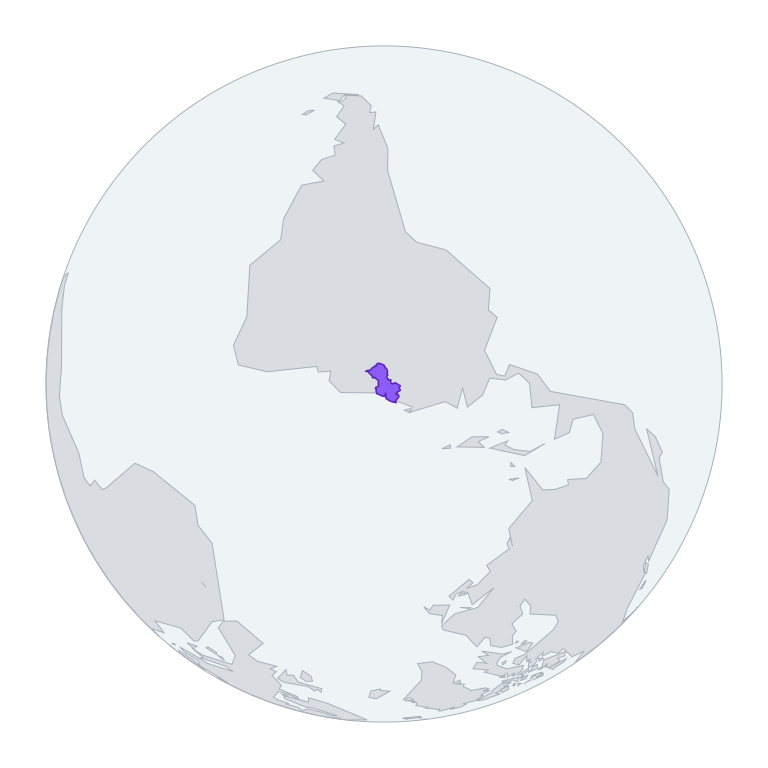 globe centered on Guyana, rotated 164°
{"feature_id": "GUY", "entity_name": "Guyana", "entity_type": "country or territory", "adm_level": 0, "iso_a3": "GUY", "parent_name": "South America", "parent_adm1": "", "projection": "orthographic", "projection_center": [-58.817, 4.875], "detail": "fine", "context": "on_globe", "style": "filled", "palette": "violet", "viewbox_px": 768, "rotation_deg": 164, "n_neighbors": 0, "source": "natural_earth", "source_scale": "50m", "svg_char_len": 10955}
<svg xmlns="http://www.w3.org/2000/svg" viewBox="0 0 768 768"><g transform="rotate(164 384 384)"><circle cx="384" cy="384" r="338" fill="#eef3f6" stroke="#a8b0b8"/><path d="M270.9,65.6L277.0,63.7L265.1,72.1L278.4,70.0L284.4,80.3L290.7,77.2L296.9,80.6L306.6,78.7L304.9,82.2L314.0,77.9L313.7,75.2L317.6,72.6L323.2,71.6L322.1,75.4L319.1,76.5L321.8,77.2L318.8,79.7L323.4,77.9L321.4,83.4L331.8,76.7L337.1,80.0L333.6,84.1L323.1,85.3L288.7,101.2L281.9,107.6L282.7,114.4L307.1,122.7L304.1,129.9L307.8,138.4L314.5,133.1L313.9,124.8L327.3,118.2L325.0,110.0L330.1,106.5L332.1,98.4L343.5,98.3L353.4,103.0L352.3,110.1L356.7,112.8L367.2,105.6L374.3,119.7L394.8,131.3L395.3,135.7L379.4,143.5L355.5,143.4L334.8,157.7L360.0,147.6L361.0,160.6L366.1,162.9L372.9,162.2L377.2,157.3L380.0,162.1L356.1,172.7L353.2,168.5L360.8,164.8L349.5,165.4L333.4,174.5L335.2,181.4L309.0,191.1L309.9,196.4L304.8,202.2L305.1,192.7L304.0,210.6L273.6,231.0L271.6,264.8L260.7,238.5L249.0,235.6L234.5,236.2L233.8,241.5L215.5,237.5L197.0,249.1L187.2,276.1L191.1,297.0L211.8,298.0L219.3,286.2L235.3,283.9L220.9,315.7L248.3,320.5L243.9,344.7L251.5,357.4L265.9,354.3L280.7,360.4L292.1,346.4L310.1,338.8L309.6,358.6L320.3,340.6L329.9,350.2L366.3,349.6L363.3,354.1L393.8,377.5L428.0,387.7L435.9,402.2L431.7,411.1L443.8,413.6L444.0,419.5L493.0,428.0L518.6,442.3L518.1,462.6L497.4,486.3L480.2,535.1L443.4,551.2L435.1,570.4L408.4,597.8L385.9,595.7L393.6,609.1L382.1,617.0L367.8,617.4L366.5,626.6L356.0,626.7L363.9,632.8L349.1,644.3L355.9,653.8L345.7,662.6L350.5,667.9L345.8,667.6L341.5,669.5L341.9,672.4L326.5,667.2L319.5,655.0L323.1,648.9L316.8,647.7L324.0,631.6L318.1,634.8L315.3,609.5L321.7,588.2L321.4,524.3L313.4,511.2L287.4,495.7L255.8,446.4L263.3,426.4L256.8,416.8L278.1,388.6L273.1,362.1L265.8,358.3L258.0,368.1L233.7,351.2L226.2,331.1L158.4,297.7L152.9,287.7L155.3,271.7L146.0,220.2L143.9,268.2L137.7,258.7L135.3,241.5L139.9,237.3L142.5,213.0L138.9,203.9L149.4,175.2L178.4,140.9L177.6,146.0L184.7,138.1L186.1,131.7L185.3,129.6L211.4,101.9L219.7,90.3L211.0,94.2L221.7,88.3L204.1,98.0L225.5,85.6L247.8,74.7L270.9,65.6ZM268.6,276.4L300.0,293.2L280.8,295.2L284.7,292.1L277.0,285.2L262.2,278.8L245.8,282.4L268.6,276.4ZM285.6,257.6L280.0,256.3L285.7,256.2L285.6,257.6ZM183.8,129.5L185.4,132.2L181.6,139.9L179.5,138.0L183.8,129.5ZM192.0,116.7L194.7,116.1L186.5,123.4L187.5,121.4L192.0,116.7ZM203.2,98.6L203.2,98.9L200.8,100.1L203.2,98.6ZM325.8,99.2L328.9,98.8L326.9,100.5L325.8,99.2ZM323.7,96.3L319.2,98.5L317.5,97.5L320.4,96.1L323.7,96.3ZM329.7,93.9L315.2,95.5L312.4,93.8L320.8,87.5L329.7,93.9ZM311.1,74.9L311.8,77.6L306.0,76.5L311.1,74.9ZM306.5,74.8L283.3,76.8L285.2,72.8L292.6,72.6L290.9,69.1L303.2,66.0L306.9,67.4L303.3,70.3L310.8,67.1L306.5,74.8ZM318.7,71.5L313.8,72.0L315.1,68.4L325.1,67.0L321.5,68.5L318.7,71.5ZM284.4,69.9L287.1,67.5L297.9,64.3L300.4,63.0L303.7,65.7L284.4,69.9ZM324.0,68.8L330.1,66.5L334.6,67.4L323.5,71.0L324.0,68.8ZM311.3,68.3L312.4,66.7L315.0,67.0L311.3,68.3ZM354.1,70.4L348.3,70.3L348.4,68.3L354.1,70.4ZM332.1,65.6L330.5,65.4L329.9,64.8L334.7,63.6L332.1,65.6ZM311.0,63.5L314.9,63.0L310.2,62.2L318.1,60.3L318.8,62.7L321.8,60.9L324.2,60.4L322.1,63.0L311.0,63.5ZM337.8,60.8L341.5,64.0L352.3,64.3L352.5,65.9L335.1,65.3L337.8,60.8ZM328.8,61.7L334.4,61.4L331.8,63.2L326.2,64.6L328.8,61.7ZM323.1,58.4L310.9,60.7L311.1,60.2L323.1,58.4ZM341.5,60.4L340.5,59.7L342.6,60.2L341.5,60.4ZM329.4,58.4L325.0,59.1L325.4,58.5L329.4,58.4ZM342.2,57.9L343.4,58.8L339.7,59.6L342.2,57.9ZM336.8,57.8L338.4,56.8L337.7,59.3L334.7,58.2L336.8,57.8ZM330.4,57.7L329.3,57.6L332.2,57.5L330.4,57.7ZM355.6,54.9L355.6,57.9L347.4,59.4L348.5,56.1L355.6,54.9ZM353.1,677.9L328.3,669.0L341.8,673.1L349.0,668.8L362.8,675.3L353.1,677.9ZM375.3,666.5L385.0,664.1L387.9,665.5L381.9,667.6L375.3,666.5ZM654.4,181.4L654.6,184.4L643.9,171.9L634.8,157.8L634.6,157.3L654.4,181.4ZM615.1,137.5L617.1,139.4L620.8,143.0L621.9,144.0L625.3,147.6L621.5,144.1L618.2,140.7L616.2,139.6L632.4,157.5L638.6,163.8L639.0,169.7L649.5,181.1L652.8,187.6L636.5,170.9L631.0,164.3L608.3,149.1L614.0,156.3L635.9,171.6L633.2,171.0L641.2,182.7L632.9,173.3L607.5,156.4L601.8,163.9L610.5,195.6L603.7,200.2L590.8,196.8L571.6,167.9L588.8,161.1L582.2,152.4L565.0,142.2L571.7,141.5L566.8,137.1L571.9,134.8L565.6,122.5L568.8,119.9L553.4,107.3L552.9,104.7L562.2,112.6L570.3,117.4L576.6,113.5L574.0,110.4L563.5,102.9L566.5,103.5L555.5,96.8L552.7,92.8L546.8,92.7L534.3,85.7L525.5,79.8L520.3,77.9L534.6,87.7L541.2,91.9L548.6,95.2L565.8,108.7L566.4,112.1L544.4,99.2L542.9,103.1L526.5,92.8L498.0,70.0L492.8,65.8L511.6,71.1L520.4,74.9L517.9,74.5L532.2,80.5L525.3,77.2L527.8,78.2L516.4,73.1L516.7,73.2L538.1,83.2L558.7,94.7L578.5,107.7L597.3,121.9L615.1,137.5ZM506.4,69.0L504.6,68.3L506.4,69.0ZM682.4,225.4L677.0,215.9L683.1,226.7L693.4,248.0L702.1,270.1L709.3,292.7L715.0,315.7L718.9,339.1L721.3,362.8L721.9,386.5L720.9,410.2L718.2,433.8L713.9,457.1L708.0,480.1L700.4,502.6L691.3,524.5L680.7,545.7L668.6,566.1L663.1,574.3L656.7,578.2L664.3,566.2L673.2,544.4L689.1,489.8L699.1,462.7L701.9,442.9L696.4,401.5L698.2,376.4L694.7,367.0L688.7,371.2L683.7,360.1L679.2,360.9L645.3,376.5L629.8,363.2L599.2,319.3L601.7,299.4L593.2,278.3L602.7,201.3L614.7,203.0L633.6,188.2L637.8,189.7L646.5,205.3L669.4,219.5L663.9,205.4L673.8,212.2L673.5,209.6L669.5,203.3L682.4,225.4ZM611.2,237.7L613.8,244.0L611.2,237.7ZM367.4,349.3L371.7,353.2L365.8,353.2L367.4,349.3ZM277.5,303.1L284.5,303.6L287.9,306.7L282.4,307.6L277.5,303.1ZM337.8,304.0L346.1,305.8L337.2,307.3L337.8,304.0ZM305.1,295.5L331.1,303.4L313.8,308.9L297.5,304.3L309.2,302.7L305.1,295.5ZM281.0,268.6L285.2,270.0L283.5,273.5L281.0,268.6ZM289.7,257.7L288.0,258.0L286.1,255.1L289.7,257.7ZM362.4,159.9L364.4,159.2L371.0,159.8L367.4,161.8L362.4,159.9ZM403.6,150.7L407.2,158.8L402.1,154.0L397.8,157.8L381.6,153.4L394.8,137.8L391.7,145.3L403.6,150.7ZM363.7,144.6L372.5,148.3L362.4,145.0L363.7,144.6ZM534.7,118.0L540.8,119.7L545.4,125.0L541.3,131.0L534.6,123.1L534.7,118.0ZM548.5,121.1L527.8,108.2L529.5,104.9L532.0,108.8L535.3,107.8L540.2,114.0L562.1,124.6L567.5,130.2L557.0,136.5L557.4,130.9L551.4,129.2L548.5,121.1ZM471.9,90.3L463.0,87.1L478.3,83.5L484.9,87.0L481.3,92.5L471.3,91.7L471.9,90.3ZM347.4,83.6L343.0,84.5L343.3,83.1L347.3,81.3L347.4,83.6ZM351.4,70.5L367.0,79.4L362.7,80.5L377.0,85.7L371.3,90.9L362.3,87.2L368.6,95.8L358.1,94.5L363.7,100.3L344.1,91.5L335.0,91.5L347.3,89.2L352.8,84.2L352.4,82.1L344.5,76.4L327.6,75.1L330.3,70.8L336.7,68.2L341.2,67.8L338.0,70.5L346.3,68.1L345.1,71.9L351.4,70.5ZM410.3,52.9L404.8,53.9L421.2,54.2L420.1,56.1L422.1,56.0L425.6,58.1L433.3,60.9L431.2,61.7L435.1,62.5L437.5,64.3L442.1,65.9L440.0,68.2L445.5,70.5L441.4,70.4L451.4,73.9L443.0,72.5L445.3,75.4L452.3,75.2L429.7,89.0L426.7,97.5L428.8,105.9L414.1,103.7L402.8,95.0L395.1,84.7L400.0,77.5L392.5,78.4L392.6,75.4L398.5,76.0L389.5,73.4L391.2,71.3L384.3,65.2L370.3,64.0L367.4,62.2L373.8,61.7L366.5,60.4L376.5,58.3L374.7,57.2L382.8,54.5L396.1,54.9L393.1,53.7L399.1,52.3L410.3,52.9ZM358.2,54.1L374.4,52.9L381.7,53.8L364.6,58.2L364.8,59.5L354.1,63.4L343.7,62.4L347.7,61.3L349.2,60.0L351.9,60.8L350.8,59.3L356.3,57.9L357.0,56.5L362.1,56.3L358.2,54.1ZM635.9,183.3L637.9,183.3L639.6,181.7L644.6,189.5L635.9,183.3ZM618.9,171.8L619.8,170.3L627.7,179.5L625.6,179.9L618.9,171.8ZM613.4,162.1L619.2,169.5L614.8,165.8L613.4,162.1ZM562.3,111.2L562.4,109.7L565.0,111.3L568.1,114.3L562.3,111.2ZM458.8,57.8L454.4,57.3L452.8,56.7L440.8,54.6L440.6,53.6L447.8,54.5L458.8,57.8ZM658.0,186.3L662.1,192.2L660.4,189.9L659.4,188.3L658.0,186.3ZM656.1,190.5L659.7,192.9L657.4,192.7L656.1,190.5ZM456.6,56.3L451.7,55.4L454.6,55.5L456.6,56.3ZM439.9,52.8L442.2,52.7L439.2,53.3L439.9,52.8ZM435.2,50.1L440.2,51.0L437.7,50.7L435.2,50.1Z" fill="#d9dde1" stroke="#a8b0b8" stroke-width="1"/><path d="M372.7,382.1L371.5,380.7L370.2,379.3L369.0,377.9L368.9,377.7L369.4,377.0L369.9,376.6L370.3,376.3L370.4,376.1L370.3,375.1L370.3,374.7L370.1,374.3L370.0,373.9L370.2,373.5L370.4,373.2L370.6,373.2L371.2,373.1L371.6,373.0L371.7,372.9L372.0,372.7L372.3,372.7L372.9,372.8L373.1,372.6L373.6,372.3L374.8,371.8L375.0,371.4L375.2,370.9L375.2,370.7L374.8,370.5L374.4,370.5L374.0,370.6L373.7,370.5L373.4,370.2L373.4,369.9L373.5,369.6L373.4,369.3L372.9,368.5L372.9,368.3L373.3,367.9L373.5,367.6L373.8,366.9L374.1,366.7L374.9,366.6L375.1,366.4L375.5,366.0L376.1,365.6L376.9,365.3L377.1,364.6L377.3,364.4L378.0,364.1L378.1,363.9L377.0,362.3L378.1,363.4L378.5,363.6L378.6,363.3L379.0,363.4L380.1,364.1L381.8,365.1L384.0,367.1L384.7,367.9L385.1,368.3L385.8,369.1L386.0,369.6L386.0,371.2L385.4,372.4L385.2,373.3L385.2,374.4L384.8,375.1L385.3,374.7L385.5,373.7L385.8,373.0L386.4,372.3L387.0,372.2L387.8,372.5L388.4,372.5L388.9,372.7L390.0,373.8L391.1,374.7L391.5,375.4L392.6,375.8L393.3,376.3L393.5,376.8L393.7,378.0L393.5,379.9L393.5,380.0L393.2,380.4L393.2,380.6L393.0,381.0L392.8,381.3L393.0,381.8L393.3,381.8L393.5,382.0L393.4,382.1L393.1,382.3L392.9,382.6L392.9,383.0L392.7,383.1L392.3,383.2L391.3,383.2L390.9,383.3L390.5,383.3L390.3,383.5L390.0,383.7L389.7,383.7L389.5,384.0L389.3,384.3L389.4,384.6L389.6,384.9L389.7,385.2L389.5,385.8L389.4,386.2L389.2,386.5L389.1,387.1L388.7,387.8L388.5,388.1L388.5,388.6L388.6,389.1L389.4,390.0L389.6,390.4L389.8,391.1L390.5,391.6L390.9,392.0L390.8,392.6L391.1,392.9L391.5,393.0L391.8,393.0L392.1,392.9L392.9,392.8L393.0,393.0L393.0,393.8L393.1,394.1L393.3,394.4L393.3,394.6L393.4,395.0L393.5,395.3L393.5,395.7L393.5,395.9L393.7,396.0L394.0,396.4L394.1,396.5L394.3,397.0L394.5,397.2L394.6,397.3L394.7,397.8L394.8,397.9L395.0,398.2L395.1,398.6L395.4,399.0L395.6,399.3L395.8,399.6L396.1,400.3L396.4,400.7L396.9,400.8L397.3,400.9L397.5,401.1L397.8,401.3L397.5,401.4L397.3,401.5L397.0,401.4L396.5,401.4L396.1,401.6L395.7,401.6L394.9,401.4L394.6,401.4L394.2,400.9L393.6,401.0L393.1,401.2L392.8,401.2L392.5,401.3L392.3,401.5L391.8,402.3L391.5,402.6L391.2,402.7L390.6,402.7L390.0,402.7L389.6,402.9L389.1,403.0L388.9,403.0L388.8,403.5L388.7,403.7L388.6,403.8L388.3,403.8L388.0,403.8L387.8,403.6L387.5,403.5L387.2,403.5L387.0,403.4L386.8,403.4L386.7,403.6L386.5,404.0L386.0,404.1L385.8,404.3L385.9,404.8L385.9,405.0L385.2,405.2L384.8,405.2L384.5,405.4L384.2,405.6L383.7,405.6L383.4,405.4L383.1,405.0L382.3,404.8L381.6,404.6L381.1,404.1L380.9,403.8L380.7,403.7L380.1,403.1L379.8,402.7L379.4,402.6L379.0,402.4L379.0,402.2L379.0,401.9L378.8,401.8L378.6,401.7L378.5,401.2L378.5,400.2L378.5,399.3L377.9,399.0L377.7,398.8L377.3,397.5L377.1,396.9L377.1,396.4L377.2,395.1L377.4,394.5L377.8,393.4L378.0,393.0L378.0,392.7L378.0,392.3L377.9,391.6L378.6,391.1L378.9,390.9L379.0,390.6L379.4,390.2L379.5,389.8L379.7,389.6L379.6,389.4L379.3,389.0L378.9,388.2L378.7,388.0L378.6,387.8L378.6,387.5L378.8,387.1L378.8,386.9L378.5,386.7L378.0,386.4L377.6,386.3L377.3,386.2L376.8,386.2L376.4,386.1L376.2,386.0L376.2,385.8L376.3,385.6L376.6,385.2L376.9,384.8L376.9,384.4L377.0,383.8L377.1,383.3L377.1,382.8L376.6,382.4L376.4,382.1L376.2,381.8L375.6,381.7L375.1,382.1L374.7,382.0L374.4,382.1L373.7,382.1L373.2,381.9L372.7,382.1Z" fill="#8b5cf6" stroke="#5b21b6" stroke-width="1.5"/></g></svg>